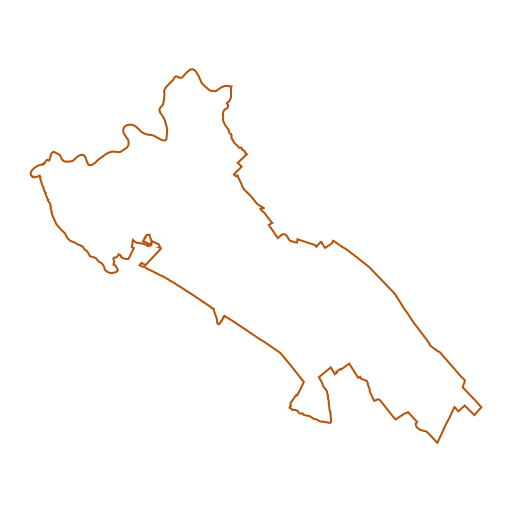 Darabani, Botosani, Romania (Albers equal-area conic projection)
{"feature_id": "2599482B62501591504482", "entity_name": "Darabani", "entity_type": "district", "adm_level": 2, "iso_a3": "ROU", "parent_name": "Romania", "parent_adm1": "Botosani", "projection": "albers", "projection_center": [26.601, 48.175], "detail": "fine", "context": "isolated", "style": "outline", "palette": "amber", "viewbox_px": 512, "rotation_deg": 0, "n_neighbors": 0, "source": "geoboundaries", "source_scale": "gbopen_adm2", "svg_char_len": 5989}
<svg xmlns="http://www.w3.org/2000/svg" viewBox="0 0 512 512"><path d="M462.9,386.4L464.6,381.8L464.7,380.6L464.6,379.9L461.5,377.1L440.0,352.4L437.5,351.0L434.8,349.1L434.3,348.5L433.0,347.8L429.8,345.0L429.3,343.6L426.5,339.5L414.1,323.2L410.7,318.3L407.8,313.6L404.8,309.6L395.4,294.7L392.9,291.8L369.1,267.0L354.9,255.8L346.2,249.2L341.7,246.6L335.0,241.8L333.0,240.8L332.3,242.8L331.9,243.4L325.1,247.9L321.9,243.2L321.8,242.3L321.1,241.8L320.5,242.1L316.3,246.8L315.1,245.1L297.5,239.3L297.3,241.3L296.9,242.7L290.3,240.9L289.1,239.7L288.2,238.4L287.7,237.0L286.0,235.1L284.9,234.5L283.3,234.0L281.9,234.6L277.8,238.1L271.2,228.3L269.6,226.5L268.8,224.9L272.3,222.9L271.7,222.5L264.6,213.2L260.9,209.7L260.4,208.7L261.4,208.3L264.5,208.4L257.9,204.5L256.0,202.6L251.0,196.2L244.5,189.9L242.3,186.6L241.6,184.4L238.1,177.0L237.7,175.5L237.0,175.9L237.0,175.7L235.8,176.1L233.9,174.5L241.6,166.6L237.7,162.8L246.9,154.2L245.2,153.1L245.1,152.2L244.4,150.8L242.3,149.8L241.8,148.8L241.7,147.7L241.2,147.6L240.1,148.0L239.1,147.8L238.5,147.1L238.4,146.6L235.0,143.5L233.6,141.8L233.4,141.1L232.8,140.6L232.8,140.1L232.4,139.7L232.3,139.0L231.6,138.5L231.4,137.7L231.6,137.1L231.3,136.4L231.7,135.8L231.2,134.6L230.9,133.9L230.0,133.6L229.3,132.6L228.9,131.5L229.0,130.6L228.3,129.2L227.4,128.6L227.1,127.7L225.6,125.8L224.8,124.6L223.4,121.3L222.9,119.4L223.3,116.2L222.8,114.4L223.4,111.9L223.9,110.6L224.7,109.6L225.6,108.9L226.7,108.6L227.8,107.3L228.1,106.0L227.9,104.6L227.1,104.1L226.7,103.3L228.7,101.7L229.7,100.4L231.0,97.5L231.1,96.0L230.9,93.3L231.0,88.9L231.2,87.2L231.5,86.5L228.2,86.0L225.9,85.9L224.3,86.2L221.5,87.2L215.9,91.1L213.5,91.1L210.5,90.7L208.6,89.5L202.3,83.9L201.5,82.6L198.8,76.4L195.9,71.5L194.4,70.0L192.5,69.2L190.3,69.5L187.0,72.2L181.8,77.7L180.3,77.9L176.6,76.4L176.0,76.3L175.3,76.7L174.3,77.7L172.5,80.8L170.8,82.1L166.4,86.8L165.2,88.5L164.6,89.7L164.1,91.0L164.4,95.4L164.1,98.8L163.1,104.4L160.3,107.6L159.6,108.9L159.5,109.6L159.7,111.0L160.1,112.4L162.7,116.2L164.8,120.1L167.1,128.6L167.2,131.5L166.3,139.5L165.2,140.4L163.8,140.5L161.7,140.0L154.5,136.1L152.5,135.2L146.9,134.4L143.7,133.3L141.2,131.8L137.7,128.2L134.9,125.9L132.3,124.7L129.5,124.6L126.7,125.3L125.4,126.0L124.4,127.0L123.4,129.0L123.3,129.7L123.3,131.2L123.5,132.6L124.1,133.9L128.2,140.0L128.6,142.1L128.5,145.0L127.1,147.5L120.4,151.9L119.0,152.2L113.9,151.6L111.0,151.9L109.0,152.5L105.8,154.2L98.2,159.7L95.6,162.4L92.8,164.5L90.6,165.1L88.5,164.9L87.2,162.4L85.3,157.0L84.5,155.8L83.3,155.0L81.1,154.8L78.5,155.9L77.3,156.7L74.7,159.2L72.5,161.0L69.6,161.5L66.1,161.7L63.9,161.1L61.7,159.3L60.4,155.9L58.8,154.3L53.4,151.7L51.8,153.1L50.8,154.6L50.8,155.5L49.2,160.5L46.9,159.8L43.4,164.7L42.9,164.7L42.9,163.8L41.5,164.6L38.2,165.5L36.5,166.5L34.1,168.2L32.4,169.9L31.1,171.6L30.8,172.6L30.7,173.8L30.9,174.8L31.5,175.9L32.7,177.1L33.3,176.5L34.6,177.3L35.1,176.9L36.8,176.8L39.7,175.6L40.5,177.6L39.9,178.0L41.2,181.2L41.3,182.3L43.0,187.1L43.6,187.7L43.7,189.0L44.4,191.0L44.7,191.7L45.6,192.5L45.2,192.9L47.7,199.3L48.2,199.6L47.8,200.1L47.9,200.4L50.2,203.9L50.3,205.0L50.7,205.5L50.5,206.7L50.9,207.7L50.7,208.3L50.8,208.9L51.8,212.2L51.5,212.4L52.6,215.8L56.6,224.6L61.5,230.1L64.9,233.2L66.5,236.6L68.3,239.2L69.0,239.6L69.9,240.6L74.2,242.4L76.9,243.8L78.0,244.7L79.7,245.0L82.7,246.6L84.5,249.5L86.9,251.0L89.1,254.4L89.8,256.1L95.0,257.7L96.2,258.5L97.1,259.8L99.4,262.1L101.3,263.0L102.4,263.9L104.3,267.1L104.6,269.4L106.3,271.1L108.3,272.4L111.7,273.2L116.3,272.0L117.9,270.4L117.0,268.2L115.3,265.3L113.5,264.7L113.6,263.9L113.8,264.0L114.1,262.2L114.0,261.0L113.4,258.9L113.5,258.2L114.3,257.5L115.2,257.7L116.4,257.2L118.2,255.5L118.6,254.3L120.3,255.1L121.1,256.2L121.1,257.0L123.6,258.4L125.9,259.0L128.0,259.0L128.6,258.7L133.8,248.1L131.8,247.2L132.9,240.0L134.8,241.6L136.6,242.7L144.2,243.9L147.4,245.9L148.3,246.0L151.0,245.3L151.2,245.1L150.8,244.9L151.6,243.0L151.1,242.5L150.0,244.0L147.9,243.9L147.7,243.9L147.8,243.4L145.2,241.9L143.0,241.3L144.9,238.1L144.6,237.9L145.3,236.9L145.6,237.2L146.7,235.1L147.0,235.2L147.8,234.6L149.5,234.8L149.7,236.1L151.5,241.0L158.8,244.3L160.1,247.2L160.1,247.4L159.3,247.5L160.8,248.1L160.9,248.7L145.5,265.1L141.5,262.9L139.6,265.2L142.2,266.5L144.6,267.0L146.9,268.6L154.6,272.2L155.4,273.0L156.5,273.2L159.5,274.9L163.6,276.7L169.2,280.0L170.4,281.1L171.8,281.5L190.0,293.1L210.6,306.9L211.2,307.3L211.3,307.8L213.8,308.8L213.7,309.7L214.0,310.9L216.7,318.4L217.1,320.5L217.1,322.8L217.8,323.7L219.1,324.2L220.8,321.6L221.0,321.8L222.0,320.3L221.8,320.2L223.9,317.3L223.4,317.0L224.4,315.8L234.1,321.9L259.9,339.3L263.9,341.6L280.4,353.0L291.3,366.1L303.8,382.0L300.8,388.4L297.1,395.5L296.2,395.0L291.1,402.3L290.8,403.0L290.4,403.3L290.6,405.2L291.0,405.9L290.1,406.5L289.6,407.2L289.6,407.8L290.2,408.0L291.8,409.2L292.3,410.0L294.5,409.7L296.5,410.7L297.4,410.6L297.8,410.8L298.4,412.2L299.8,413.4L301.3,413.7L302.4,413.2L303.8,415.0L309.9,416.2L313.5,418.7L317.3,419.8L319.5,421.2L320.9,421.6L323.1,421.6L329.0,422.8L330.0,422.9L330.7,422.4L331.1,421.8L331.1,420.9L331.1,419.7L330.7,417.2L330.7,414.2L330.4,413.5L330.2,411.4L330.3,411.0L329.6,410.5L328.7,402.3L328.7,400.5L327.9,398.1L328.0,396.7L327.9,396.0L328.1,395.4L327.7,395.1L327.2,393.2L327.1,391.6L325.5,389.0L324.4,388.1L323.1,386.0L322.6,384.2L322.0,383.1L321.9,382.4L318.9,377.2L330.8,367.4L334.8,374.2L337.0,372.5L336.5,371.7L337.7,370.8L340.0,369.2L340.2,369.4L340.7,369.0L341.1,369.5L349.2,363.6L358.1,377.7L360.2,376.8L360.5,378.1L361.8,379.0L366.9,380.9L367.9,383.6L367.9,385.0L369.7,389.3L369.8,390.4L369.6,390.7L370.2,392.9L371.4,394.8L372.5,397.6L374.3,400.9L378.3,399.2L380.3,400.5L392.4,415.9L395.6,419.4L405.0,413.3L406.2,413.4L408.0,412.1L417.2,422.0L415.8,423.4L415.7,424.3L416.2,426.3L417.1,427.6L420.3,429.9L426.7,431.6L437.4,442.8L446.2,423.8L449.2,418.2L454.5,407.0L458.4,411.3L464.7,405.6L474.4,415.1L481.3,407.2L475.8,401.0L462.9,387.5L462.7,387.2L462.9,386.4Z" fill="none" stroke="#b45309" stroke-width="2"/></svg>